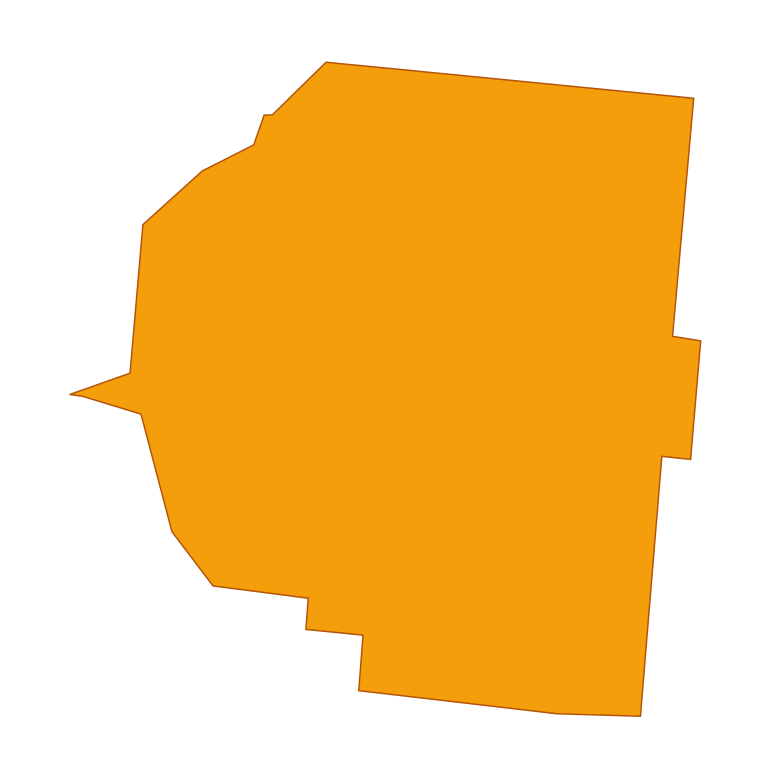 Tift, Georgia, United States of America (Natural Earth projection), rotated 184°
{"feature_id": "52423323B78995174680355", "entity_name": "Tift", "entity_type": "district", "adm_level": 2, "iso_a3": "USA", "parent_name": "United States of America", "parent_adm1": "Georgia", "projection": "natural_earth1", "projection_center": [-83.491, 31.462], "detail": "fine", "context": "isolated", "style": "filled", "palette": "amber", "viewbox_px": 768, "rotation_deg": 184, "n_neighbors": 0, "source": "geoboundaries", "source_scale": "gbopen_adm2", "svg_char_len": 476}
<svg xmlns="http://www.w3.org/2000/svg" viewBox="0 0 768 768"><g transform="rotate(184 384 384)"><path d="M696.9,351.6L684.4,350.8L624.3,337.0L585.2,221.8L540.4,170.6L444.6,165.0L444.8,133.7L387.4,132.0L387.8,76.3L188.6,67.1L105.0,70.5L104.2,137.0L101.8,331.2L72.9,330.2L71.1,449.1L99.5,451.7L95.0,690.6L365.1,698.2L464.3,700.9L514.2,644.6L522.3,643.9L530.6,613.5L580.2,583.8L635.6,526.2L638.1,377.1L696.9,351.6Z" fill="#f59e0b" stroke="#b45309" stroke-width="1.5"/></g></svg>